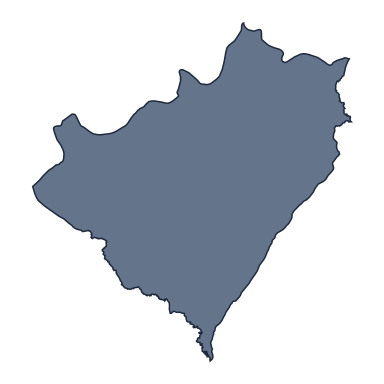 Khao Wong, Kalasin, Thailand, rotated 270°
{"feature_id": "78962969B54306826324199", "entity_name": "Khao Wong", "entity_type": "district", "adm_level": 2, "iso_a3": "THA", "parent_name": "Thailand", "parent_adm1": "Kalasin", "projection": "orthographic", "projection_center": [104.055, 16.69], "detail": "fine", "context": "isolated", "style": "filled", "palette": "slate", "viewbox_px": 384, "rotation_deg": 270, "n_neighbors": 0, "source": "geoboundaries", "source_scale": "gbopen_adm2", "svg_char_len": 5938}
<svg xmlns="http://www.w3.org/2000/svg" viewBox="0 0 384 384"><g transform="rotate(270 192 192)"><path d="M197.5,32.7L190.4,34.8L186.2,36.6L183.4,38.3L177.8,44.8L167.9,58.8L165.2,63.8L160.8,68.8L158.5,72.0L157.2,72.9L155.9,74.6L154.7,77.2L153.8,80.9L152.4,82.7L153.5,88.4L152.8,89.4L152.8,90.2L150.4,91.7L149.3,91.2L149.1,91.8L148.0,91.8L146.6,91.0L145.4,92.3L146.7,94.4L145.7,97.0L146.0,97.5L145.3,97.9L145.2,99.2L145.6,100.1L145.3,101.3L145.7,102.1L144.8,103.1L144.5,104.5L143.7,105.4L143.4,106.3L142.4,106.7L141.7,106.6L141.7,106.1L137.8,106.4L137.3,105.4L136.4,104.9L136.1,104.3L135.7,104.2L135.8,103.8L134.0,102.2L133.2,102.3L132.4,103.5L131.4,103.9L130.6,103.3L129.6,103.3L128.6,104.5L128.6,105.1L125.4,104.5L123.1,107.8L122.0,108.0L122.0,109.1L120.2,109.3L119.4,110.0L119.5,110.3L118.2,111.0L117.1,112.4L114.2,113.4L114.1,113.9L113.5,114.1L113.8,114.9L113.5,116.1L111.6,116.2L111.2,116.5L110.7,116.3L110.6,116.6L109.6,116.9L105.8,119.5L103.1,120.5L101.8,121.7L101.0,122.0L100.2,122.2L99.9,121.6L99.2,121.5L98.7,122.8L96.3,124.6L95.6,126.8L94.8,127.7L95.1,128.2L94.7,129.5L94.9,131.0L95.8,133.1L95.4,133.7L96.3,134.3L96.6,137.0L97.2,138.5L94.7,140.2L94.6,140.9L93.8,141.4L92.6,141.3L90.8,142.7L90.7,143.2L90.1,143.3L89.3,145.8L88.8,146.1L88.3,147.1L88.9,147.4L88.9,149.1L88.2,149.5L88.6,150.8L88.4,151.0L88.9,151.4L89.6,151.3L90.0,152.5L89.2,154.3L89.8,155.3L89.3,155.6L89.2,156.5L88.5,156.7L88.5,157.4L87.6,157.3L87.2,158.5L85.8,158.6L85.8,159.2L85.4,159.2L84.7,160.0L84.8,161.1L84.4,161.3L84.4,162.5L84.0,163.2L84.3,164.3L83.8,164.1L83.7,164.7L83.1,164.8L83.7,165.3L84.7,165.3L84.7,165.7L85.2,166.2L84.4,166.6L84.4,167.2L83.1,167.8L81.3,169.2L78.1,169.5L75.0,169.3L70.7,170.2L70.6,171.2L72.4,173.0L72.6,174.2L71.7,176.7L71.7,180.1L70.8,182.3L70.6,184.3L68.3,184.4L66.9,186.2L65.2,186.1L62.7,186.9L62.0,188.1L62.0,190.5L61.5,190.6L60.7,190.0L60.0,190.3L59.6,192.7L58.3,194.2L57.7,194.3L57.3,193.2L56.5,193.4L56.5,196.0L57.6,196.8L57.7,197.4L55.9,197.7L55.6,199.1L54.6,200.3L51.3,202.2L50.9,201.6L51.7,200.0L51.4,198.9L50.8,199.0L50.3,200.7L49.9,200.9L48.6,199.9L46.0,199.6L46.3,198.6L45.8,197.7L43.9,197.4L43.4,196.7L42.8,196.5L42.2,196.9L41.6,198.1L41.6,200.1L40.1,200.0L38.7,200.5L38.8,201.1L40.1,201.6L40.1,202.1L38.2,201.9L36.8,203.0L36.0,201.8L34.6,202.3L32.8,202.2L32.4,202.6L32.4,204.1L31.2,203.9L30.9,204.2L31.0,205.6L31.4,205.8L32.5,205.5L32.7,206.0L32.6,206.6L29.9,207.4L30.2,205.9L30.0,205.4L29.6,205.3L28.4,207.0L27.2,207.1L27.3,207.5L28.4,208.0L28.5,208.6L27.4,208.6L26.2,210.1L24.1,209.9L23.0,210.2L25.1,212.3L26.8,212.9L28.7,212.8L32.5,211.7L35.4,212.4L36.4,211.5L37.7,211.5L41.2,210.6L44.9,212.2L48.5,213.0L49.9,213.7L52.0,213.5L53.0,214.7L56.2,215.3L57.2,215.8L58.6,217.1L59.4,218.4L61.2,220.2L63.7,222.0L67.1,223.6L68.8,224.7L71.7,225.9L76.7,229.3L79.4,230.5L80.6,231.9L81.8,232.2L82.7,233.3L83.0,235.7L86.9,239.2L88.8,240.5L90.6,241.1L91.8,241.8L100.9,249.3L103.0,250.4L110.3,255.5L113.0,257.2L118.9,259.6L124.6,263.9L127.4,265.4L132.2,267.3L133.9,268.3L137.1,269.4L141.0,271.8L143.8,272.4L146.3,274.9L148.6,275.4L149.6,275.9L151.3,277.7L154.1,282.5L156.3,285.0L158.2,286.3L159.7,288.0L160.7,288.9L165.9,291.8L169.9,292.1L173.2,294.0L178.9,299.6L180.2,301.4L182.6,303.4L184.2,306.5L186.6,309.2L192.3,313.6L194.8,314.6L200.0,318.3L202.7,323.6L204.6,325.8L208.5,328.1L212.7,331.9L215.0,333.5L216.5,333.6L220.4,332.5L221.2,332.6L227.3,337.1L227.9,338.0L229.9,339.6L230.9,339.1L232.0,339.1L232.6,338.2L235.1,336.8L238.0,336.5L241.6,337.0L244.9,333.9L245.8,333.3L250.3,333.7L253.0,334.8L256.0,334.5L258.2,336.0L257.8,337.3L258.3,338.7L258.0,339.7L259.5,341.9L260.9,342.5L261.3,344.6L262.2,344.8L263.3,346.1L263.4,347.2L262.8,348.0L262.8,348.4L262.1,348.6L262.2,351.3L263.3,350.2L265.8,350.1L266.4,350.5L267.6,350.1L267.4,349.6L268.2,348.5L267.7,347.4L268.3,347.3L268.6,346.9L269.2,347.2L269.9,346.8L269.6,346.3L269.8,345.6L269.3,345.2L270.4,344.1L271.5,343.9L272.4,344.1L274.2,343.7L274.8,344.0L275.5,344.9L277.4,343.4L277.9,343.7L278.3,343.3L279.5,343.6L279.9,344.3L280.3,344.0L281.1,344.0L281.4,343.1L281.2,341.6L282.5,340.1L283.1,340.2L283.3,339.4L284.7,340.0L287.3,339.1L289.4,339.1L290.7,338.2L292.5,336.1L293.0,336.1L293.5,336.5L294.6,335.5L297.5,335.8L298.5,335.6L302.3,336.8L302.9,337.3L302.3,338.4L303.5,339.4L303.8,340.0L304.9,340.2L305.6,341.2L307.4,342.1L308.4,343.7L317.3,345.7L321.5,347.3L325.2,349.3L325.3,348.0L326.1,345.9L326.1,344.2L325.2,343.0L325.0,341.4L323.4,336.7L321.5,333.3L319.2,331.6L318.7,329.9L319.9,327.2L321.4,325.5L326.5,317.7L329.4,309.1L330.1,305.8L330.3,303.3L329.8,300.5L328.3,297.3L327.1,294.6L322.2,287.1L321.6,285.5L321.6,284.3L322.8,282.4L324.5,281.6L327.1,282.1L329.5,283.3L331.0,283.3L332.3,282.6L333.8,281.1L334.8,279.2L336.3,274.0L338.2,269.4L339.1,267.9L344.0,262.2L344.9,261.6L352.2,261.4L353.8,260.9L354.3,260.1L354.5,259.1L352.8,253.9L354.1,248.6L355.4,246.5L357.3,244.9L359.2,243.9L361.0,243.7L360.6,242.7L358.9,241.7L354.9,241.5L353.2,241.1L346.5,236.9L343.1,234.5L338.5,228.7L336.0,226.9L331.7,225.8L322.4,224.2L314.6,222.3L308.2,219.6L307.1,218.9L304.6,216.3L300.5,210.9L299.6,208.3L299.4,206.7L300.1,200.9L300.8,199.9L304.6,196.6L311.3,188.8L314.2,182.9L314.4,181.5L314.1,180.5L313.5,179.8L312.1,179.2L307.0,180.6L302.9,180.5L294.9,178.4L291.7,177.1L290.9,177.2L288.7,178.5L287.5,178.2L283.2,173.0L281.6,170.4L280.8,168.1L280.9,165.5L281.8,162.2L283.1,154.0L282.9,151.0L282.3,148.8L280.6,146.7L277.2,143.8L275.3,139.9L273.7,137.9L271.1,135.8L269.2,133.6L266.2,131.3L260.5,127.6L258.5,125.7L252.6,116.0L251.2,112.8L250.3,109.6L249.1,99.1L250.1,93.4L252.0,90.1L256.7,83.9L257.9,81.4L258.7,80.5L267.8,76.1L269.3,75.1L269.8,73.9L269.9,72.1L263.0,62.7L258.8,61.2L258.4,60.7L258.1,59.9L258.0,57.0L257.4,54.8L256.6,53.9L255.4,53.5L251.4,54.5L244.4,57.0L238.1,61.3L233.3,63.4L230.3,64.0L225.6,63.7L223.4,63.1L222.3,62.4L221.9,61.3L219.6,58.8L219.0,55.9L216.0,52.4L213.8,48.9L208.6,43.5L203.6,39.3L197.5,32.7Z" fill="#64748b" stroke="#1e293b" stroke-width="1.5"/></g></svg>